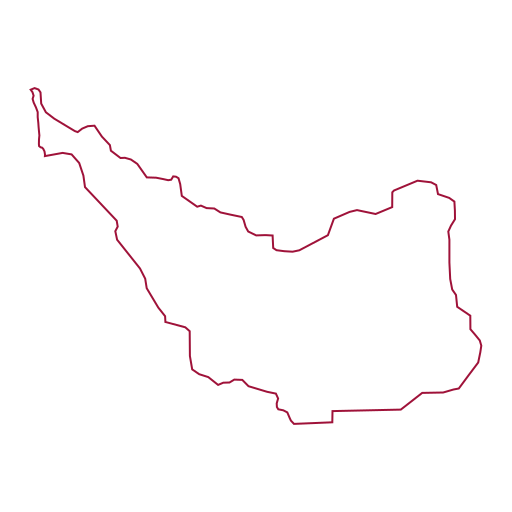 outline of Sarandí Grande, Florida, Uruguay
{"feature_id": "84410073B88525432493969", "entity_name": "Sarandí Grande", "entity_type": "district", "adm_level": 2, "iso_a3": "URY", "parent_name": "Uruguay", "parent_adm1": "Florida", "projection": "albers", "projection_center": [-56.374, -33.707], "detail": "fine", "context": "isolated", "style": "outline", "palette": "rose", "viewbox_px": 512, "rotation_deg": 0, "n_neighbors": 0, "source": "geoboundaries", "source_scale": "gbopen_adm2", "svg_char_len": 1854}
<svg xmlns="http://www.w3.org/2000/svg" viewBox="0 0 512 512"><path d="M30.7,89.7L32.5,92.2L33.6,95.7L32.6,98.9L33.7,102.6L36.0,107.5L37.7,112.1L37.7,116.0L37.7,117.2L38.3,122.8L38.6,127.1L39.0,131.5L39.3,134.7L39.4,135.2L39.0,139.3L38.9,144.1L39.1,146.1L40.6,147.3L42.0,147.6L43.2,148.8L44.5,151.4L45.0,154.7L44.9,156.1L62.6,152.9L71.6,154.4L79.2,163.0L83.4,175.6L85.0,187.1L116.7,220.7L117.7,226.6L115.3,231.2L117.1,239.7L140.0,268.5L145.2,278.7L146.7,288.2L158.3,307.6L165.1,316.2L165.4,322.0L185.3,327.3L189.7,331.2L189.9,356.0L192.2,369.4L199.2,374.2L208.3,377.1L218.1,384.9L223.3,382.7L229.5,382.5L234.3,379.6L242.3,379.9L248.5,386.2L267.1,391.8L275.9,393.6L278.1,398.5L276.7,403.4L276.9,407.0L278.3,409.3L283.3,410.3L287.3,412.4L289.6,417.8L290.9,420.6L294.0,423.9L332.3,422.3L332.5,411.1L400.8,409.6L422.2,392.9L443.2,392.5L453.5,389.5L458.8,388.5L469.1,374.6L478.2,362.5L480.3,352.3L481.3,345.7L479.8,340.5L474.6,334.1L470.4,329.2L470.3,315.7L457.2,306.8L456.0,295.0L452.2,289.5L450.2,279.0L449.4,262.5L449.4,239.7L448.3,231.5L451.0,225.6L455.0,219.2L454.9,210.6L454.4,201.6L449.2,197.9L438.0,194.1L436.2,185.0L431.1,182.3L417.5,180.7L394.0,190.5L392.3,192.3L392.2,207.1L375.6,214.0L357.0,210.1L349.6,211.9L333.9,218.7L327.9,235.2L299.3,250.3L292.6,251.7L284.3,251.2L276.5,250.2L273.2,248.0L272.6,235.5L265.5,235.1L256.2,235.4L248.2,231.5L245.6,226.8L243.6,219.9L241.8,217.0L230.3,214.6L220.4,212.4L214.3,208.5L206.6,208.1L200.9,205.6L197.2,206.7L181.8,195.9L180.2,184.1L178.5,178.2L176.0,176.7L173.2,176.4L171.2,179.7L168.2,180.2L163.3,179.1L156.1,177.7L146.8,177.4L137.3,163.9L130.9,159.5L124.9,157.8L120.5,158.0L110.9,150.7L109.9,145.1L101.9,136.6L94.5,125.7L87.8,126.2L82.2,128.6L77.7,132.1L74.9,131.1L67.4,126.6L54.3,118.7L45.9,112.3L41.2,103.6L40.5,92.4L38.5,89.5L34.5,88.1L30.7,89.7Z" fill="none" stroke="#9f1239" stroke-width="2"/></svg>